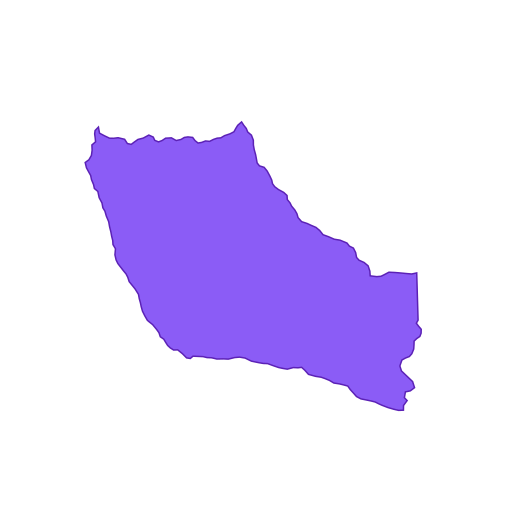 outline of Nova Lima, Minas Gerais, Brazil, rotated 291°
{"feature_id": "56859067B74698489529361", "entity_name": "Nova Lima", "entity_type": "district", "adm_level": 2, "iso_a3": "BRA", "parent_name": "Brazil", "parent_adm1": "Minas Gerais", "projection": "natural_earth1", "projection_center": [-43.899, -20.076], "detail": "fine", "context": "isolated", "style": "filled", "palette": "violet", "viewbox_px": 512, "rotation_deg": 291, "n_neighbors": 0, "source": "geoboundaries", "source_scale": "gbopen_adm2", "svg_char_len": 2758}
<svg xmlns="http://www.w3.org/2000/svg" viewBox="0 0 512 512"><g transform="rotate(291 256 256)"><path d="M136.8,231.4L139.9,233.1L141.8,238.8L143.1,242.7L143.6,246.7L145.1,251.1L145.8,256.4L148.3,262.5L149.8,267.1L153.5,272.4L155.7,276.9L156.8,282.4L156.2,289.4L157.4,296.8L158.3,301.3L159.7,305.4L159.8,311.6L160.0,317.1L160.7,321.5L161.6,325.8L165.2,330.8L166.7,335.3L168.4,338.5L166.9,342.4L164.3,347.4L165.0,354.7L166.2,360.3L166.3,364.2L166.2,369.1L165.3,374.2L166.5,379.7L167.0,383.5L167.5,388.3L165.1,391.8L163.5,395.0L160.8,400.2L160.2,405.2L161.0,409.8L161.9,415.4L162.4,419.6L162.0,423.5L161.8,427.3L161.8,433.4L162.3,439.5L163.0,444.5L164.9,448.9L169.3,447.3L175.2,448.9L176.9,445.3L182.7,444.2L185.4,448.4L189.9,451.2L194.9,447.2L198.3,439.0L200.8,433.0L204.9,429.7L211.2,429.5L214.4,432.2L217.1,435.2L220.6,436.5L225.6,436.6L230.1,435.2L233.2,434.1L236.6,435.7L239.6,437.8L243.1,437.8L246.8,436.5L248.7,433.0L250.7,429.8L254.2,430.3L297.8,412.1L295.0,407.8L293.5,402.6L292.2,397.9L290.5,392.0L288.5,385.9L284.5,382.4L281.9,380.0L280.0,376.1L278.4,369.7L282.7,367.7L287.0,364.2L288.7,359.2L289.0,353.7L290.7,350.4L294.9,347.8L298.3,344.1L298.7,339.6L300.7,336.3L300.9,328.7L299.7,323.0L300.0,316.9L299.9,310.9L302.6,306.4L304.2,301.7L304.4,296.3L304.7,292.2L304.4,286.3L306.9,281.5L310.1,279.1L312.9,275.7L315.3,271.4L317.8,268.7L319.9,265.0L323.6,263.3L325.3,259.1L326.1,253.1L327.4,248.6L329.4,245.5L332.5,243.5L335.5,240.4L339.3,236.0L341.7,231.8L341.4,226.9L343.3,223.7L347.1,221.4L350.5,219.3L354.7,216.2L358.7,213.8L363.2,212.0L367.2,208.4L368.8,203.8L371.6,201.2L373.6,197.8L376.0,194.5L371.5,192.1L367.8,191.4L364.1,190.9L360.8,188.0L357.1,183.5L353.7,180.8L352.1,177.5L349.6,174.5L346.4,171.6L345.3,167.6L342.6,164.6L340.7,161.4L341.9,157.7L344.0,154.4L342.8,149.8L341.0,146.6L337.9,144.2L335.2,140.1L336.0,134.7L333.6,129.4L330.1,126.9L327.6,124.1L327.7,120.0L330.2,117.5L330.5,112.6L325.7,108.5L322.5,104.0L318.4,101.3L315.5,99.5L314.9,95.6L317.9,91.5L317.0,84.9L314.9,80.9L313.5,77.1L313.9,71.7L314.6,65.9L319.9,62.7L315.5,60.8L312.2,61.6L308.7,63.5L305.1,65.3L300.9,63.0L296.0,65.1L290.9,66.3L285.9,65.5L282.1,63.0L277.6,66.1L274.6,69.6L271.9,72.8L268.4,75.0L264.4,78.8L261.1,80.9L259.6,85.2L254.2,88.7L250.3,93.2L246.1,95.8L243.7,98.9L239.7,101.9L235.2,106.2L230.7,108.9L226.6,111.8L222.8,114.1L219.1,116.7L215.4,118.4L212.4,122.2L206.5,123.9L202.2,126.8L199.4,129.8L194.9,137.2L192.7,141.1L190.2,143.9L186.6,146.8L182.0,154.8L178.1,160.0L174.2,162.4L171.0,164.8L167.7,166.9L163.8,169.8L160.3,173.6L156.9,177.8L154.9,184.1L151.9,189.4L149.6,192.9L146.3,195.6L145.3,199.7L143.1,202.5L140.8,205.6L139.4,209.1L138.7,212.8L140.3,216.5L138.4,222.4L136.0,227.7L136.8,231.4Z" fill="#8b5cf6" stroke="#5b21b6" stroke-width="1.5"/></g></svg>